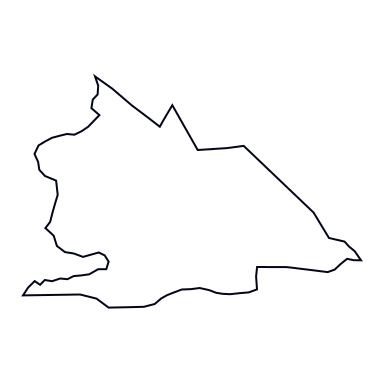 outline of Forquetinha, Rio Grande do Sul, Brazil
{"feature_id": "56859067B13427255832164", "entity_name": "Forquetinha", "entity_type": "district", "adm_level": 2, "iso_a3": "BRA", "parent_name": "Brazil", "parent_adm1": "Rio Grande do Sul", "projection": "orthographic", "projection_center": [-52.137, -29.38], "detail": "fine", "context": "isolated", "style": "outline", "palette": "ink", "viewbox_px": 384, "rotation_deg": 0, "n_neighbors": 0, "source": "geoboundaries", "source_scale": "gbopen_adm2", "svg_char_len": 1203}
<svg xmlns="http://www.w3.org/2000/svg" viewBox="0 0 384 384"><path d="M38.5,145.5L34.5,154.0L38.1,161.9L39.3,169.8L45.0,176.0L56.1,180.6L57.7,194.8L55.1,203.5L52.4,213.0L50.2,221.8L45.4,228.1L53.7,235.7L56.9,246.0L65.0,252.1L73.8,253.5L83.0,256.9L90.8,254.7L98.8,252.5L104.7,255.4L108.6,261.6L106.3,269.2L98.2,269.2L89.2,274.3L81.5,275.4L73.6,276.1L67.5,279.2L60.2,278.5L52.1,281.2L44.8,280.0L40.1,284.8L34.7,281.1L28.1,287.6L23.0,295.4L80.1,294.5L96.5,298.6L108.6,307.6L128.7,307.2L143.9,306.8L154.7,304.0L161.3,298.4L167.0,295.2L173.0,292.8L181.8,289.5L191.4,289.1L199.6,288.0L209.1,290.1L216.2,292.8L222.5,293.8L230.1,294.2L240.3,293.1L248.8,292.4L257.0,289.4L256.1,276.4L257.1,267.0L286.6,267.1L293.0,267.8L300.9,268.8L311.0,270.0L319.6,271.1L327.7,272.1L334.7,269.6L340.4,264.2L347.1,258.8L353.7,260.2L361.0,260.3L354.7,251.2L348.9,246.4L344.6,241.6L329.0,238.0L313.6,212.6L243.7,145.9L227.0,148.1L197.7,150.0L172.3,105.2L163.6,119.9L159.8,126.7L147.1,116.9L131.7,105.3L112.3,88.7L95.0,76.4L98.2,85.7L97.6,94.5L92.8,99.5L91.4,108.2L99.4,115.1L93.8,120.9L88.0,126.9L81.4,131.3L74.4,134.7L66.9,134.0L59.9,135.7L52.0,137.8L45.0,141.5L38.5,145.5Z" fill="none" stroke="#020617" stroke-width="2"/></svg>